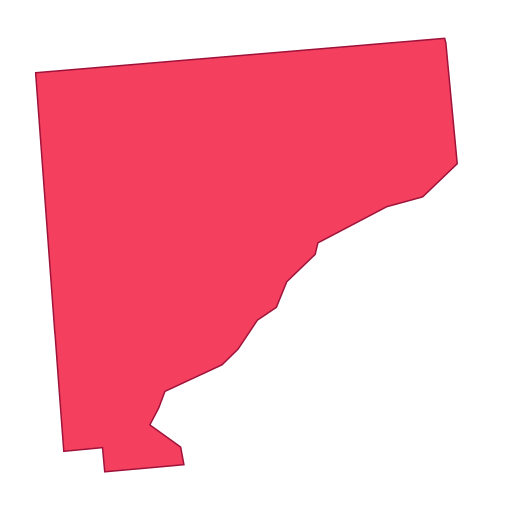 outline of Warren, Indiana, United States of America, rotated 355°
{"feature_id": "52423323B12538160234117", "entity_name": "Warren", "entity_type": "district", "adm_level": 2, "iso_a3": "USA", "parent_name": "United States of America", "parent_adm1": "Indiana", "projection": "robinson", "projection_center": [-87.371, 40.302], "detail": "fine", "context": "isolated", "style": "filled", "palette": "rose", "viewbox_px": 512, "rotation_deg": 355, "n_neighbors": 0, "source": "geoboundaries", "source_scale": "gbopen_adm2", "svg_char_len": 502}
<svg xmlns="http://www.w3.org/2000/svg" viewBox="0 0 512 512"><g transform="rotate(355 256 256)"><path d="M462.9,55.6L52.5,54.2L52.4,55.7L52.2,71.2L48.9,315.4L49.0,316.2L48.1,383.4L47.9,400.3L47.8,408.5L47.5,433.8L86.4,433.5L86.5,457.8L166.0,457.6L164.3,439.8L135.5,415.0L145.8,399.0L153.5,382.9L212.7,361.4L230.0,347.2L251.8,320.0L271.8,308.9L284.4,284.3L315.1,259.5L318.8,248.3L390.5,218.3L427.2,211.6L464.5,181.6L463.7,60.2L462.9,55.6Z" fill="#f43f5e" stroke="#9f1239" stroke-width="1.5"/></g></svg>